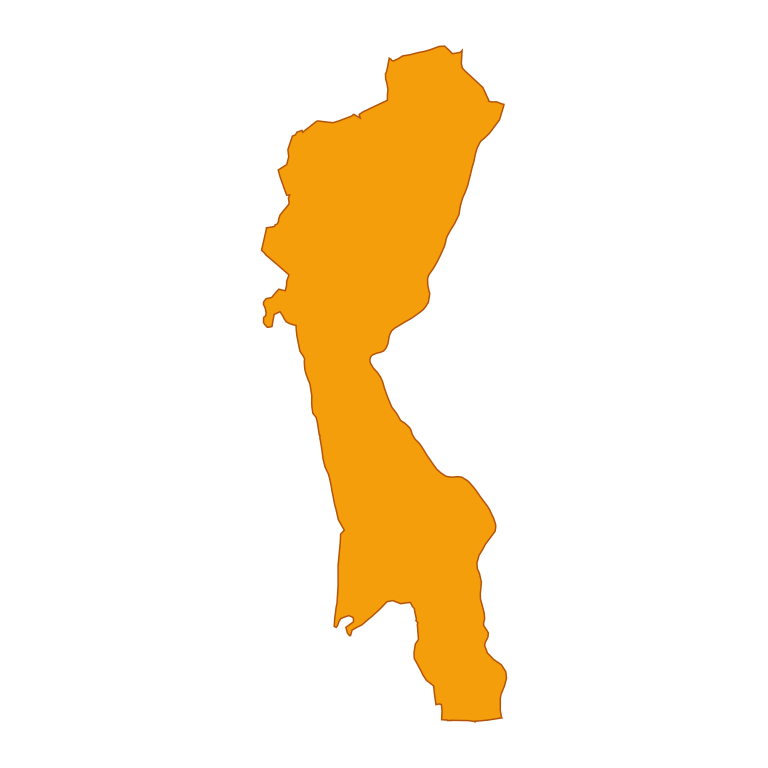 outline of Raņķu pag., Skrundas, Latvia
{"feature_id": "27541924B83019830898221", "entity_name": "Raņķu pag.", "entity_type": "district", "adm_level": 2, "iso_a3": "LVA", "parent_name": "Latvia", "parent_adm1": "Skrundas", "projection": "albers", "projection_center": [21.983, 56.757], "detail": "fine", "context": "isolated", "style": "filled", "palette": "amber", "viewbox_px": 768, "rotation_deg": 0, "n_neighbors": 0, "source": "geoboundaries", "source_scale": "gbopen_adm2", "svg_char_len": 5848}
<svg xmlns="http://www.w3.org/2000/svg" viewBox="0 0 768 768"><path d="M340.6,534.1L340.3,541.7L339.8,547.2L338.1,565.3L338.1,585.3L337.9,589.3L337.1,601.4L337.1,602.2L337.1,602.7L336.2,606.9L334.7,618.8L334.2,626.4L336.2,627.3L337.5,625.7L339.0,621.4L340.7,618.6L345.0,616.9L348.8,615.6L353.2,617.5L353.6,621.7L345.9,627.4L347.5,633.2L349.6,635.7L350.5,635.6L351.2,633.3L352.0,630.2L357.3,627.1L361.6,625.1L362.5,624.4L363.0,623.9L367.8,619.8L372.2,616.1L379.4,609.6L387.0,601.7L392.7,600.6L396.1,601.9L400.7,603.7L407.4,602.7L410.5,602.5L412.3,606.2L414.4,608.7L414.6,610.7L416.1,617.8L416.2,618.2L416.3,620.3L415.9,620.7L416.9,621.7L417.8,622.6L417.3,624.4L418.1,634.4L418.4,638.8L418.4,639.5L415.3,644.2L414.0,652.8L414.3,658.6L417.0,663.4L417.1,663.7L420.9,670.7L423.0,675.1L426.4,680.3L433.6,685.9L434.7,695.8L436.0,704.7L438.9,704.0L440.9,704.4L441.3,704.4L441.5,705.7L441.6,706.8L441.8,708.2L441.8,708.8L442.0,710.2L442.0,712.9L441.9,713.8L441.8,716.5L441.7,717.9L441.6,719.7L447.0,720.1L447.4,720.2L447.6,720.3L447.6,720.5L448.2,720.5L449.5,720.5L451.5,720.5L451.4,720.3L468.5,720.6L469.9,720.8L473.5,721.3L474.0,721.4L475.1,721.9L475.3,721.1L476.9,721.1L481.6,720.7L488.5,720.0L500.6,718.1L501.8,717.9L501.6,717.7L501.0,714.6L500.3,710.4L500.3,698.5L501.0,694.4L504.4,686.1L506.5,678.4L505.8,671.7L501.4,664.8L493.7,659.5L487.5,653.1L484.7,645.8L485.1,642.8L487.9,637.3L488.4,633.1L486.7,630.1L483.7,625.6L483.6,622.8L484.6,619.1L484.3,613.5L481.8,603.9L480.5,599.2L480.3,594.1L481.4,582.3L479.5,573.7L477.3,568.5L476.9,563.0L479.0,555.4L482.8,549.2L485.3,544.4L495.1,531.3L495.7,527.7L495.7,524.8L495.2,523.1L493.7,518.4L491.8,514.6L490.0,510.5L487.8,506.7L480.3,496.7L476.6,491.2L474.3,488.2L470.2,483.4L469.1,482.1L467.7,480.9L465.2,479.2L461.8,477.3L460.6,477.0L459.5,476.8L457.6,476.7L456.4,476.8L451.6,477.2L449.1,476.8L446.4,476.4L444.7,475.5L440.5,472.6L438.8,471.0L437.1,469.6L433.0,464.1L429.4,458.8L427.6,456.3L426.2,454.1L424.7,451.5L421.2,446.0L419.4,443.5L417.7,441.8L415.7,439.8L414.4,438.2L412.5,434.8L411.9,433.5L410.9,429.9L410.2,428.7L408.7,426.8L405.5,423.8L403.7,422.4L401.2,421.0L400.4,420.1L398.6,416.9L397.1,414.2L395.6,412.1L391.7,407.0L390.7,404.6L387.4,396.6L384.2,387.5L384.1,387.0L383.1,383.4L382.7,382.0L380.9,377.8L380.4,376.9L379.2,375.1L377.9,373.1L376.6,371.6L374.3,369.1L373.6,368.3L372.9,367.3L370.9,364.0L370.3,362.7L369.9,360.6L369.9,359.6L370.2,358.2L371.1,356.3L371.9,355.5L372.7,354.8L377.0,353.1L380.2,352.4L383.5,351.0L384.6,349.9L385.6,348.7L386.2,347.6L387.0,345.8L387.7,344.2L388.1,342.6L388.8,338.7L389.1,336.5L390.1,333.7L390.6,332.7L391.1,331.9L391.7,330.8L392.5,330.0L393.5,329.1L394.8,328.1L398.1,326.1L404.7,322.1L411.9,318.0L418.4,313.4L423.0,309.9L425.4,307.0L426.6,305.2L427.1,304.2L428.2,302.7L428.5,301.5L429.6,294.9L429.7,293.1L429.1,291.5L427.8,285.1L427.6,280.7L427.6,278.5L428.7,275.3L429.6,273.7L433.2,268.7L437.5,261.2L440.0,256.1L441.7,252.4L444.3,246.6L445.6,242.0L446.2,238.6L447.8,235.0L450.7,229.8L454.6,223.6L458.8,214.9L459.2,213.6L459.7,209.5L460.7,204.6L462.5,198.3L464.4,194.1L465.8,190.7L467.6,185.7L469.1,179.9L470.0,176.4L472.2,167.1L473.9,161.5L475.4,153.9L477.0,148.4L479.4,143.4L480.7,141.2L484.8,137.8L489.4,133.3L492.0,129.9L497.3,122.7L499.3,120.2L500.7,115.8L503.4,106.9L504.0,104.4L501.6,103.8L496.4,101.8L492.4,102.0L491.2,101.8L489.1,101.2L488.6,101.1L488.7,100.6L488.7,100.2L488.3,99.3L487.6,97.8L486.6,95.7L486.1,94.6L484.8,91.7L483.6,89.2L483.0,87.7L482.9,87.6L474.4,79.6L464.7,70.7L462.3,67.9L461.3,63.3L462.1,50.4L460.4,52.3L455.7,53.2L452.4,53.6L448.0,49.2L444.5,46.1L439.0,46.5L429.4,50.0L423.8,51.5L423.5,51.6L420.1,52.2L416.6,53.0L412.8,54.0L409.7,54.8L402.8,55.9L399.6,57.8L398.5,58.6L393.3,61.0L391.4,60.3L390.9,59.1L389.9,58.7L389.2,58.2L387.4,67.9L386.8,70.4L386.5,71.9L385.5,73.8L385.6,77.2L385.7,79.3L387.0,83.6L387.4,86.5L388.0,89.5L387.4,94.7L387.4,100.3L381.4,103.1L376.8,105.3L370.6,108.2L366.4,110.3L364.2,111.3L363.4,111.7L363.2,111.8L359.2,114.4L360.2,118.0L358.0,116.7L354.6,114.9L354.5,114.6L353.6,114.5L353.3,114.4L353.0,114.8L352.5,115.4L351.3,116.2L349.2,117.0L338.6,121.0L333.0,122.7L327.3,122.1L322.4,121.5L318.4,121.0L317.2,121.0L316.1,121.6L302.6,132.3L302.0,130.4L296.9,132.2L295.4,134.9L292.4,136.1L287.9,149.6L288.7,156.9L286.7,164.6L278.2,170.0L279.9,176.2L280.1,176.8L281.1,179.7L284.7,189.8L286.7,195.2L289.7,195.0L289.6,195.3L288.4,198.0L289.1,202.7L289.0,203.3L289.0,203.7L288.8,204.2L288.8,204.3L286.6,207.1L283.7,210.5L280.0,215.1L279.9,215.3L278.7,219.1L278.6,219.3L278.5,221.6L277.1,224.0L275.0,225.0L274.7,226.2L274.5,226.5L266.9,227.8L266.4,227.8L266.3,229.4L264.9,235.5L263.6,241.3L261.5,250.2L263.9,252.5L266.5,255.5L269.6,258.1L276.8,264.2L281.9,268.7L286.1,272.4L286.9,273.0L287.0,273.1L287.2,273.3L288.9,274.9L286.7,281.2L286.5,286.1L285.9,288.1L285.3,290.7L282.2,290.1L278.8,289.2L277.6,290.5L274.4,294.1L271.7,297.5L266.1,298.7L264.3,301.0L263.6,302.0L263.6,302.8L263.4,304.3L263.9,305.3L265.3,308.4L266.2,313.7L265.4,316.2L264.1,316.9L263.6,318.0L263.5,322.4L264.5,324.3L267.4,327.3L270.0,327.0L272.0,326.5L272.7,322.0L274.2,314.4L280.0,311.7L282.4,315.2L284.1,318.6L286.2,321.8L289.8,323.7L293.0,324.7L296.0,325.4L296.3,330.6L297.0,336.5L298.8,345.7L299.4,348.6L300.0,351.3L300.2,351.5L303.5,356.5L304.6,359.0L304.3,361.3L304.5,366.1L304.9,369.6L305.0,370.1L305.0,370.3L305.1,370.5L306.1,374.3L308.1,379.6L309.9,383.8L311.8,395.7L311.7,403.1L311.9,406.3L311.9,406.5L312.5,410.9L312.6,411.0L312.8,413.2L316.2,417.5L317.2,421.6L318.0,426.5L319.2,434.4L319.4,435.3L319.5,435.3L319.9,435.3L319.9,438.1L321.1,444.7L322.0,450.5L322.6,455.3L323.0,458.6L325.0,466.9L328.3,473.8L329.5,477.9L329.5,478.0L329.7,479.0L331.2,485.9L331.2,486.1L331.9,490.5L333.3,497.3L334.3,502.8L335.1,506.2L336.0,509.3L337.4,515.5L338.4,519.8L344.3,530.2L340.6,534.1Z" fill="#f59e0b" stroke="#b45309" stroke-width="1.5"/></svg>